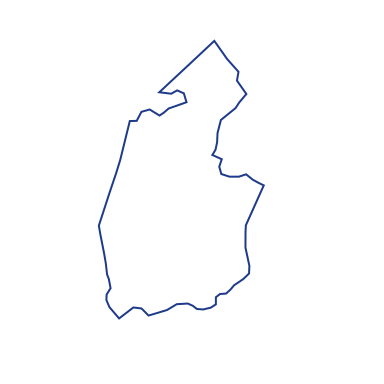 outline of Macaparana, Pernambuco, Brazil, rotated 206°
{"feature_id": "56859067B7304153063563", "entity_name": "Macaparana", "entity_type": "district", "adm_level": 2, "iso_a3": "BRA", "parent_name": "Brazil", "parent_adm1": "Pernambuco", "projection": "orthographic", "projection_center": [-35.455, -7.535], "detail": "fine", "context": "isolated", "style": "outline", "palette": "blue", "viewbox_px": 384, "rotation_deg": 206, "n_neighbors": 0, "source": "geoboundaries", "source_scale": "gbopen_adm2", "svg_char_len": 1035}
<svg xmlns="http://www.w3.org/2000/svg" viewBox="0 0 384 384"><g transform="rotate(206 192 192)"><path d="M108.0,150.7L119.6,165.5L126.5,179.8L129.0,185.7L130.4,229.4L136.4,229.4L142.7,229.7L151.1,231.6L156.6,226.3L165.0,222.2L173.5,221.0L178.6,226.7L179.6,234.5L189.9,234.2L189.4,240.3L191.2,247.6L194.9,256.2L197.6,269.4L189.6,286.6L188.8,293.2L186.1,303.9L200.4,311.8L202.9,320.4L218.7,326.9L238.2,337.6L249.1,309.0L255.9,291.3L259.8,281.2L265.1,267.3L253.8,271.2L249.9,276.8L242.6,277.1L236.3,270.3L249.6,256.8L252.1,251.0L254.7,246.5L266.2,247.6L272.6,241.9L272.9,231.7L279.0,228.5L270.5,189.0L268.5,176.1L265.7,154.6L261.0,121.0L256.0,114.0L243.5,97.5L238.2,90.1L232.2,80.7L228.5,77.2L223.0,69.8L223.8,62.5L221.6,57.4L215.7,52.3L202.1,46.4L194.1,62.5L186.3,65.2L176.9,61.9L162.7,75.0L156.5,84.5L146.9,89.9L141.4,90.1L136.4,89.0L130.5,91.3L124.4,96.3L121.3,101.5L124.4,107.9L122.1,112.6L116.8,115.7L114.6,121.3L113.3,126.6L110.5,131.4L107.7,136.4L105.0,143.7L108.0,150.7Z" fill="none" stroke="#1e3a8a" stroke-width="2"/></g></svg>